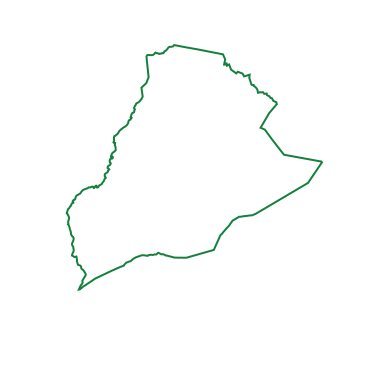 outline of Chalchihuitán, Chiapas, Mexico, rotated 206°
{"feature_id": "50627088B30543908012304", "entity_name": "Chalchihuitán", "entity_type": "district", "adm_level": 2, "iso_a3": "MEX", "parent_name": "Mexico", "parent_adm1": "Chiapas", "projection": "equal_earth", "projection_center": [-92.579, 17.033], "detail": "fine", "context": "isolated", "style": "outline", "palette": "green", "viewbox_px": 384, "rotation_deg": 206, "n_neighbors": 0, "source": "geoboundaries", "source_scale": "gbopen_adm2", "svg_char_len": 6071}
<svg xmlns="http://www.w3.org/2000/svg" viewBox="0 0 384 384"><g transform="rotate(206 192 192)"><path d="M294.9,126.2L295.2,125.7L295.3,123.7L295.5,123.2L295.8,122.8L295.8,121.0L295.4,119.5L295.5,118.7L295.4,118.2L295.1,117.8L294.4,117.7L293.8,117.3L293.0,116.6L292.5,116.3L292.1,116.0L291.5,115.4L291.0,114.7L290.8,113.8L290.6,112.7L290.5,112.1L290.4,111.4L290.1,110.5L289.5,109.8L289.2,109.3L289.3,108.6L288.7,108.5L286.9,106.9L286.4,106.2L285.6,105.2L283.5,103.1L282.9,102.1L282.3,101.2L281.7,100.6L280.9,100.1L280.2,99.6L279.3,99.5L278.4,98.9L277.9,98.1L277.7,97.7L277.5,96.7L277.5,96.3L277.2,95.3L277.3,93.6L277.1,92.7L276.7,92.1L276.2,91.6L275.9,91.3L274.6,90.6L274.2,89.8L273.9,89.3L273.6,89.1L273.2,88.5L272.5,87.1L272.4,86.2L272.5,85.4L272.4,84.6L272.3,83.1L272.0,82.3L271.4,82.4L270.1,82.1L269.0,82.0L267.7,83.3L266.7,82.2L265.6,80.5L265.0,79.2L263.8,77.9L262.6,76.6L259.9,76.9L258.9,76.2L258.1,74.9L257.1,74.4L255.3,74.1L253.1,72.7L251.8,71.9L251.3,71.2L251.1,70.5L251.7,64.2L251.2,63.5L250.6,62.7L250.6,61.0L251.0,59.6L251.1,57.6L250.9,54.7L250.0,55.5L249.6,56.6L249.3,57.0L248.7,58.6L248.4,59.3L248.1,59.7L247.7,60.4L247.0,61.4L245.9,63.4L243.8,66.9L241.0,71.8L239.7,73.4L236.6,77.3L229.5,86.2L223.0,93.9L221.1,95.7L220.9,97.3L220.1,99.6L218.4,101.6L216.8,102.9L215.8,105.6L214.2,108.2L211.7,110.8L209.2,113.3L206.8,114.3L203.8,115.2L203.6,115.9L203.1,116.4L202.3,117.0L201.3,117.7L199.9,118.1L199.4,118.4L199.1,118.7L198.2,119.5L196.7,120.2L196.6,120.5L196.3,121.2L196.2,121.8L195.9,122.4L195.4,122.6L192.0,122.6L191.4,123.0L190.4,123.5L188.8,123.5L188.1,123.4L187.7,123.4L187.3,123.7L178.9,125.4L168.3,130.4L147.0,149.5L147.5,165.7L146.8,167.5L146.4,169.3L144.7,175.6L144.0,177.6L143.0,184.0L138.7,190.5L137.9,190.8L134.0,193.5L132.8,194.2L130.8,195.6L127.8,197.4L127.2,197.9L126.8,198.5L126.6,198.8L125.2,200.3L91.7,251.0L88.2,275.6L89.2,276.1L89.7,275.9L125.7,265.8L143.0,274.3L153.9,280.0L158.5,279.8L157.2,296.8L154.3,308.1L154.7,308.4L155.4,309.6L158.9,309.6L161.2,311.3L161.5,311.3L161.9,311.1L162.1,311.1L162.3,311.1L162.7,311.0L164.3,311.9L164.7,312.0L164.9,311.9L165.5,311.9L165.9,311.9L166.4,311.9L167.0,312.0L168.0,313.2L170.1,311.9L170.6,312.1L170.9,312.3L171.2,312.5L171.3,312.5L171.8,312.8L172.2,312.7L173.4,311.9L173.7,311.8L174.0,311.7L174.4,311.5L174.6,311.4L174.8,311.4L175.1,311.1L175.3,310.8L176.2,310.1L176.9,311.0L177.2,311.4L177.4,311.7L177.6,312.1L177.8,312.3L178.0,312.5L178.3,312.7L178.6,312.9L179.2,313.4L179.5,313.5L179.8,313.6L180.5,313.9L181.3,314.1L182.0,314.4L182.7,314.4L183.5,315.2L184.4,314.6L185.7,314.6L188.8,317.9L190.5,319.6L191.6,322.7L195.8,318.8L198.5,320.6L203.6,320.1L204.2,318.0L210.5,319.1L214.6,322.9L215.9,320.9L217.2,322.7L218.1,322.4L218.0,321.1L219.0,320.6L220.3,325.7L224.5,329.3L249.3,322.7L260.8,319.4L272.5,316.2L272.6,315.9L272.7,315.2L272.9,314.7L273.1,314.4L273.5,314.0L274.5,313.3L275.0,313.1L276.0,312.5L276.3,312.0L276.5,311.6L276.8,310.1L276.9,309.5L277.0,309.0L277.3,308.3L277.4,308.0L277.5,307.7L277.6,307.3L278.0,306.9L278.5,306.3L278.4,305.5L278.4,305.1L278.6,304.3L279.0,304.0L279.3,303.9L279.5,303.9L279.8,303.7L279.8,303.4L280.2,303.0L280.9,302.6L281.3,302.4L281.5,302.0L282.0,301.9L282.2,301.7L283.1,301.6L283.5,301.7L284.1,301.6L284.6,301.3L284.9,301.3L285.4,301.3L285.9,301.3L286.2,300.8L286.2,300.5L286.3,300.0L286.3,299.7L286.6,299.1L286.8,298.7L287.2,298.1L287.5,297.7L288.0,297.5L288.5,297.2L289.7,296.7L290.0,296.6L290.5,296.3L291.3,296.0L291.7,295.8L292.1,295.4L292.2,295.1L292.3,294.9L292.3,294.5L292.3,294.0L292.2,293.6L281.3,276.1L280.8,269.7L283.2,263.6L278.2,256.2L278.1,254.2L278.2,253.2L278.3,252.6L278.6,251.9L278.8,250.8L279.0,250.2L279.4,249.2L279.8,248.6L280.0,248.4L280.7,247.5L280.9,246.9L280.8,246.3L280.9,245.1L281.0,244.0L281.0,242.0L280.0,241.5L279.5,241.2L279.6,240.7L279.6,240.1L279.5,239.6L279.1,238.8L279.1,238.2L279.4,237.7L280.0,237.3L280.2,236.9L280.4,236.0L280.4,235.2L280.1,233.7L280.0,232.8L279.6,232.4L279.7,232.0L279.3,232.0L278.8,232.0L278.9,231.6L279.0,230.9L279.0,230.3L279.5,229.5L280.1,228.8L280.1,227.9L280.0,227.4L279.9,227.1L279.7,226.5L279.6,225.5L279.7,224.3L280.0,223.3L280.5,221.9L281.7,220.2L282.1,219.5L282.5,218.4L283.0,217.6L283.3,216.9L283.7,215.8L284.1,215.0L284.1,213.7L284.2,212.7L284.3,211.6L285.3,209.7L285.6,208.9L286.3,208.1L285.9,206.5L285.3,205.3L284.3,203.7L284.4,203.0L284.4,202.2L283.9,201.9L283.5,202.0L283.1,202.4L282.6,202.4L282.3,201.7L282.2,201.0L282.0,200.3L281.6,200.2L281.2,199.7L280.8,199.2L280.5,199.0L280.1,198.2L279.5,197.4L279.2,196.7L278.9,195.9L279.4,194.5L280.3,192.9L280.7,191.8L280.7,190.4L280.4,188.3L280.2,187.9L279.9,187.8L279.6,188.2L279.2,188.9L278.8,188.8L278.4,188.6L278.2,188.2L278.2,187.6L278.3,187.2L278.7,186.8L279.3,186.6L279.8,186.0L279.9,185.2L279.8,184.4L279.2,183.2L278.7,182.5L278.1,182.4L277.6,182.2L277.5,181.6L277.5,181.0L277.5,180.5L277.9,179.9L278.2,179.3L278.6,178.8L278.7,178.4L278.8,177.9L278.7,177.1L278.3,176.5L277.6,176.5L277.1,176.4L276.8,176.1L276.3,175.9L276.7,174.9L276.8,174.2L276.5,173.8L276.6,173.0L276.7,172.4L277.2,171.9L278.0,170.2L278.1,169.2L277.5,168.5L277.1,167.6L276.4,167.5L275.8,167.1L275.7,166.7L276.0,166.3L276.2,165.3L276.1,163.6L276.1,162.5L276.4,161.8L276.5,161.1L276.6,160.5L276.6,159.7L276.8,159.3L277.2,158.5L277.7,157.9L278.1,157.5L278.4,156.3L278.4,155.3L278.6,154.9L279.3,154.4L279.5,154.5L279.8,154.6L280.0,155.1L280.4,155.6L280.9,155.7L281.4,155.0L281.6,153.0L281.8,152.7L282.1,152.5L282.3,152.6L282.7,152.9L283.2,153.3L283.7,153.3L284.0,153.1L284.6,152.5L285.0,152.0L285.4,151.6L285.9,151.4L286.8,150.9L287.3,150.0L287.7,149.5L288.3,148.8L289.0,148.1L289.8,147.2L290.4,146.6L291.0,145.7L291.1,144.9L291.4,144.4L291.7,142.8L291.7,142.0L291.9,141.4L292.2,141.1L292.5,140.7L292.9,139.9L293.4,139.2L294.0,138.5L294.3,137.5L294.3,136.5L294.2,135.8L294.1,135.2L293.9,134.7L293.9,134.1L294.2,133.7L294.3,133.4L294.6,133.3L295.0,132.7L295.2,131.8L295.1,131.2L294.9,131.0L294.6,130.9L294.2,130.8L293.9,130.3L294.3,129.8L294.7,129.4L295.0,129.0L295.0,128.5L295.0,128.2L294.8,127.2L294.9,126.2Z" fill="none" stroke="#15803d" stroke-width="2"/></g></svg>